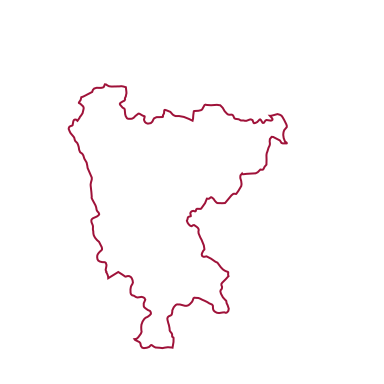 the district of Phuc Hoa, Cao Bằng, Vietnam, rotated 156°
{"feature_id": "81297802B46332855119377", "entity_name": "Phuc Hoa", "entity_type": "district", "adm_level": 2, "iso_a3": "VNM", "parent_name": "Vietnam", "parent_adm1": "Cao Bằng", "projection": "robinson", "projection_center": [106.527, 22.563], "detail": "fine", "context": "isolated", "style": "outline", "palette": "rose", "viewbox_px": 384, "rotation_deg": 156, "n_neighbors": 0, "source": "geoboundaries", "source_scale": "gbopen_adm2", "svg_char_len": 6019}
<svg xmlns="http://www.w3.org/2000/svg" viewBox="0 0 384 384"><g transform="rotate(156 192 192)"><path d="M273.1,57.7L269.9,62.5L268.2,66.2L268.2,66.7L268.9,67.7L268.9,68.0L268.1,70.0L268.0,70.9L268.7,73.8L268.7,74.6L267.9,76.8L267.2,79.9L267.0,81.8L266.4,85.2L265.9,86.6L265.0,87.5L263.8,87.9L261.6,87.9L260.7,88.1L260.2,88.5L258.9,90.3L258.1,91.9L255.6,94.1L254.0,94.9L252.7,95.4L251.4,95.4L248.7,94.1L244.7,90.9L243.2,90.2L241.2,90.0L239.4,90.5L236.8,91.6L235.6,92.5L233.9,94.3L232.9,94.5L231.1,93.5L229.3,92.6L227.9,91.2L226.4,89.3L224.8,87.6L222.8,85.2L221.5,83.2L219.6,81.2L219.3,80.5L219.2,79.5L220.0,77.6L220.4,76.2L220.4,74.8L219.6,73.1L218.3,71.5L216.5,70.4L212.4,69.3L211.2,68.8L210.5,68.0L209.5,67.7L208.6,67.9L207.2,68.6L205.9,70.4L205.5,74.1L205.6,76.2L205.0,78.8L205.5,79.8L206.6,83.2L206.9,87.4L206.5,89.7L205.8,90.6L204.4,91.3L203.7,92.0L203.1,93.2L203.0,95.0L202.5,96.1L201.2,96.9L196.7,98.6L192.9,100.3L193.0,100.6L192.5,102.1L191.6,103.9L191.7,104.4L193.1,105.7L194.2,107.0L195.3,108.8L196.3,111.6L197.5,117.1L199.0,118.8L201.7,123.3L204.9,127.3L207.5,127.9L208.2,128.6L208.7,129.3L208.7,130.1L208.4,131.2L207.4,132.3L205.5,133.8L204.1,134.4L203.8,135.1L202.9,138.5L202.7,144.4L202.9,147.1L202.8,151.5L202.2,153.3L201.5,154.3L201.1,155.3L201.2,156.7L201.7,157.9L202.8,159.8L203.6,161.0L204.2,161.1L204.9,161.2L206.2,160.9L207.3,161.8L208.1,163.6L208.5,165.6L208.4,167.8L207.3,168.8L206.3,170.2L205.8,170.6L205.2,170.7L203.0,170.4L202.7,170.9L202.2,173.2L201.6,173.9L200.3,174.5L199.2,174.4L198.2,174.1L197.1,173.0L196.3,173.1L195.2,174.4L194.2,174.6L191.1,173.1L190.4,173.1L184.6,176.5L181.1,179.9L179.5,179.0L178.9,179.0L177.4,179.4L176.7,179.5L175.9,178.6L175.1,176.9L174.7,174.6L174.0,172.6L173.4,171.6L169.0,169.5L166.4,168.5L165.8,168.7L157.3,172.9L155.0,173.5L154.0,173.2L152.6,172.3L152.3,172.3L149.1,174.2L144.6,177.4L143.5,179.1L142.6,182.0L142.2,185.1L141.4,186.8L140.9,187.5L138.8,188.5L138.8,188.1L138.6,187.7L137.7,187.3L134.5,186.3L126.3,183.2L124.0,183.3L120.4,184.7L119.3,184.0L118.2,183.6L117.4,183.9L115.3,185.6L112.9,186.7L110.8,191.1L109.0,195.4L107.9,197.1L106.6,198.4L104.1,201.3L102.2,202.9L101.3,204.1L100.8,205.5L100.5,206.6L99.3,208.7L96.8,210.0L95.4,209.2L90.7,203.3L90.3,200.4L89.2,199.4L85.8,197.9L85.5,198.1L85.6,198.8L86.5,200.3L86.3,204.0L85.5,206.8L85.1,207.7L84.0,209.5L82.6,211.0L79.1,212.7L78.5,213.8L78.3,215.4L78.5,220.2L78.8,223.4L79.2,225.3L80.3,226.8L82.2,228.4L86.8,229.1L89.0,229.5L89.8,229.9L88.9,227.0L88.8,225.9L89.1,225.3L89.8,225.0L90.9,225.1L94.7,227.5L95.8,227.4L98.2,226.0L99.1,226.2L99.4,226.7L99.8,229.8L100.2,230.6L100.8,230.7L103.9,229.4L105.9,229.3L107.3,229.6L107.6,230.1L107.5,233.1L108.7,234.4L109.7,234.7L113.3,234.9L114.7,235.5L115.7,236.3L118.3,237.5L119.7,239.4L122.6,241.2L123.3,242.1L123.3,244.5L123.5,245.6L124.2,246.5L126.5,247.4L127.5,248.1L128.2,249.3L129.3,252.5L129.7,256.4L130.9,259.7L133.8,261.5L139.3,263.5L143.1,265.5L144.2,266.3L145.2,266.3L149.2,263.3L150.5,263.1L153.1,263.6L157.1,265.1L157.5,265.0L159.5,261.8L161.2,258.6L162.5,256.9L165.1,260.0L168.9,263.9L173.0,266.7L176.2,268.1L177.3,269.3L178.1,270.5L179.2,274.0L181.9,276.8L183.1,277.9L183.6,278.1L184.1,277.9L185.6,275.2L187.4,273.8L187.9,272.6L188.1,272.5L188.8,272.6L194.0,274.8L196.7,274.7L198.0,273.8L199.6,272.4L201.6,271.7L204.5,272.4L205.8,273.6L206.5,275.0L206.6,276.6L206.4,277.7L204.6,280.0L204.6,280.6L205.1,280.9L206.2,282.1L208.1,284.8L209.1,285.4L212.7,284.5L215.2,283.5L217.0,283.4L218.0,283.7L220.6,284.9L221.4,285.8L221.7,288.2L221.4,290.3L219.9,294.7L219.9,295.7L221.1,297.3L222.2,301.0L222.1,301.8L221.2,302.5L218.4,302.9L216.7,302.9L215.6,303.6L215.5,304.3L214.7,305.4L213.7,306.1L213.1,307.0L211.7,308.9L211.2,310.2L209.8,314.6L211.8,316.3L213.5,317.4L215.3,318.0L222.7,321.1L224.7,322.3L225.9,323.7L226.8,325.2L227.8,325.8L229.8,323.9L230.9,323.7L232.7,324.1L236.8,326.0L239.3,326.3L241.1,325.5L242.5,324.0L252.5,323.4L254.6,323.6L255.1,322.9L256.4,321.3L258.9,319.8L259.1,319.3L258.7,318.7L258.2,318.2L256.6,314.4L256.7,313.1L257.1,312.2L259.9,308.5L262.2,307.0L263.8,306.2L264.7,305.4L267.7,303.6L268.5,305.3L269.4,305.8L270.4,305.8L271.1,305.4L271.7,304.8L273.9,301.6L274.7,301.4L275.9,301.6L277.4,301.5L278.5,300.6L279.0,299.8L279.1,297.1L279.0,295.2L277.7,290.7L277.5,289.6L277.9,287.3L277.9,286.0L276.9,283.4L276.9,281.5L277.2,279.1L277.9,276.6L278.0,275.3L278.0,273.8L276.7,271.6L276.4,269.7L276.8,266.2L276.3,261.7L277.0,258.5L277.6,256.4L277.7,246.0L278.3,244.5L279.1,243.4L280.2,242.1L281.5,240.2L282.0,239.0L284.0,232.7L285.5,228.5L286.1,227.5L286.1,225.6L285.6,219.0L285.8,216.9L286.4,214.5L286.4,213.8L286.3,212.8L285.8,211.4L285.7,210.5L285.8,209.5L286.7,208.8L288.8,208.3L293.1,208.3L294.5,207.9L295.1,207.5L295.7,206.6L296.1,205.2L296.2,202.1L296.4,201.0L297.8,198.0L298.2,196.2L298.9,194.4L299.3,192.7L299.3,191.1L299.1,189.4L298.3,186.6L297.2,184.3L296.9,178.3L297.2,176.9L297.6,176.1L298.4,175.6L300.1,175.1L302.0,174.3L303.6,173.3L304.5,172.3L305.2,170.9L305.7,169.0L305.5,167.4L304.4,165.9L302.6,164.5L300.2,163.3L299.6,162.4L299.8,160.1L300.5,158.9L302.5,156.1L302.7,155.0L302.7,154.5L302.6,154.0L303.0,153.6L302.8,152.4L302.8,150.9L303.0,148.9L303.6,147.3L291.9,148.9L289.3,145.0L287.4,141.9L286.9,141.6L285.5,141.5L284.3,141.1L283.5,140.6L282.5,139.3L282.1,137.7L282.2,135.5L282.8,133.3L284.0,132.1L285.5,131.1L286.4,130.2L287.8,128.1L289.1,125.0L289.3,123.7L289.1,122.9L288.7,122.0L287.3,120.9L285.9,118.8L284.7,117.8L280.7,116.7L279.3,115.5L278.6,114.5L278.5,113.4L278.5,112.6L281.4,109.9L282.5,107.4L282.5,106.1L281.6,104.3L280.3,102.1L278.8,100.5L278.6,99.4L278.7,98.4L279.1,97.4L280.8,96.6L283.4,96.0L285.5,96.0L287.3,95.4L289.8,93.8L292.2,91.3L293.4,89.1L294.4,86.6L294.9,84.8L296.3,83.4L300.1,81.2L301.7,80.6L302.7,80.5L304.4,81.0L304.3,80.4L304.1,79.9L301.1,76.3L300.7,74.8L301.3,72.2L300.8,70.0L299.4,68.9L296.6,68.1L294.2,67.9L292.2,68.7L291.5,68.8L291.0,68.4L289.8,66.3L288.6,64.8L284.8,62.8L282.5,61.4L280.2,60.9L277.1,60.0L273.5,58.0L273.1,57.7Z" fill="none" stroke="#9f1239" stroke-width="2"/></g></svg>